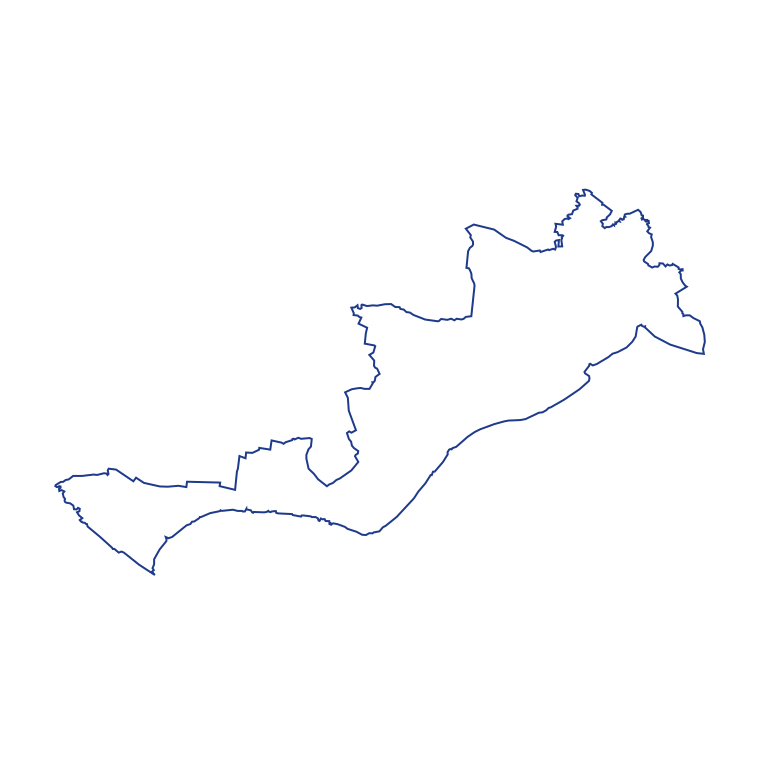 Ban Laem, Phetchaburi, Thailand (Robinson projection), rotated 97°
{"feature_id": "78962969B10571681273524", "entity_name": "Ban Laem", "entity_type": "district", "adm_level": 2, "iso_a3": "THA", "parent_name": "Thailand", "parent_adm1": "Phetchaburi", "projection": "robinson", "projection_center": [99.981, 13.152], "detail": "fine", "context": "isolated", "style": "outline", "palette": "blue", "viewbox_px": 768, "rotation_deg": 97, "n_neighbors": 0, "source": "geoboundaries", "source_scale": "gbopen_adm2", "svg_char_len": 6147}
<svg xmlns="http://www.w3.org/2000/svg" viewBox="0 0 768 768"><g transform="rotate(97 384 384)"><path d="M184.4,179.0L179.4,187.7L179.5,189.4L177.6,189.2L170.5,201.3L169.0,200.9L167.3,203.4L166.5,207.6L167.1,210.1L171.9,207.5L172.7,207.7L172.8,210.3L173.9,213.1L171.7,214.2L171.8,216.8L173.3,217.2L175.6,214.5L179.3,215.2L180.5,212.8L182.1,211.5L183.3,212.1L183.7,214.7L185.1,213.3L186.5,213.3L188.8,217.3L192.5,218.1L193.5,221.6L194.4,222.4L195.0,222.4L196.8,219.6L197.9,221.1L197.4,222.2L198.2,224.8L200.8,226.9L204.1,225.9L204.1,233.3L206.8,232.3L212.2,233.1L212.0,230.5L215.0,228.8L214.6,224.9L215.1,224.2L216.8,225.5L218.0,225.0L219.2,225.6L225.7,223.9L226.3,227.7L219.8,227.9L220.7,230.8L222.1,231.9L226.9,230.0L229.7,230.5L229.2,232.6L231.0,236.5L230.5,237.5L233.9,244.7L232.5,245.6L234.3,252.0L233.9,253.7L231.0,258.5L226.0,272.6L224.1,280.6L217.3,293.5L214.8,314.3L219.9,321.7L225.6,316.0L228.1,316.2L231.7,313.1L234.5,312.6L236.2,313.1L238.3,315.3L241.9,316.7L258.7,316.3L258.8,313.9L260.6,312.5L263.9,310.7L268.3,309.9L273.3,306.7L275.5,306.1L306.1,305.6L307.4,310.9L309.6,312.9L310.5,314.9L310.4,319.9L312.2,321.9L311.0,325.3L312.6,329.0L312.5,335.2L314.8,337.2L315.2,338.3L315.0,351.0L311.9,363.1L309.9,367.1L309.9,370.5L307.7,373.5L307.5,376.9L305.8,377.9L306.2,382.2L303.8,386.7L304.7,392.8L307.1,400.3L307.3,404.6L308.7,410.3L307.8,415.3L308.4,416.0L311.3,415.5L312.4,416.8L311.9,419.1L309.1,419.9L311.5,422.3L312.2,425.7L317.4,422.6L319.3,422.6L319.3,418.3L320.5,416.6L320.8,414.6L327.2,416.6L330.2,407.6L336.0,408.2L346.3,408.0L346.9,398.3L347.5,397.3L354.1,398.4L356.9,402.1L361.9,396.6L367.3,396.1L368.9,394.7L369.6,392.7L374.5,389.6L378.0,393.3L382.1,393.6L383.7,394.7L383.7,395.7L384.9,395.3L390.6,397.8L391.2,402.4L390.8,406.8L391.4,409.6L393.1,415.3L397.0,421.6L402.1,418.2L414.8,415.7L433.3,406.2L436.3,410.4L435.3,412.8L437.2,414.8L442.9,412.1L445.3,409.6L449.0,408.4L451.2,406.1L453.7,401.4L456.2,401.5L457.8,403.5L459.2,404.0L464.5,400.0L473.8,405.9L483.2,416.4L485.0,419.5L488.5,422.7L490.3,426.0L492.4,428.2L486.6,437.8L481.7,442.6L477.3,448.5L467.7,451.9L463.8,452.4L458.0,451.0L455.0,448.9L447.4,449.0L446.7,451.2L448.5,459.6L447.8,462.5L449.9,465.9L449.3,466.9L449.8,468.2L450.9,468.3L453.8,474.6L455.6,476.3L454.7,478.5L453.7,488.7L463.0,488.9L462.6,500.0L464.5,500.0L468.4,506.2L468.8,512.5L474.6,512.4L473.1,518.7L485.7,518.7L488.9,519.3L507.2,518.9L505.4,534.7L501.8,534.6L505.0,567.6L510.4,567.6L510.1,575.7L512.3,586.2L513.0,594.0L511.4,610.3L507.2,618.7L511.1,620.9L501.6,639.5L501.6,646.9L503.3,647.7L506.9,646.5L508.0,647.3L506.7,648.6L506.7,651.0L509.2,657.6L509.3,661.3L512.0,672.3L513.1,681.3L517.2,685.4L518.0,688.2L520.2,690.5L520.6,692.9L524.3,697.5L525.3,697.8L526.1,696.4L526.0,695.1L525.0,693.9L525.1,692.6L526.4,692.4L527.8,693.8L529.8,693.2L528.6,691.1L529.6,688.2L531.8,689.5L535.1,688.3L537.0,686.5L538.3,686.9L539.8,686.3L540.5,685.0L540.7,680.9L542.6,677.5L546.1,676.4L545.9,673.8L544.2,672.6L544.9,670.8L547.4,670.8L548.7,673.1L551.6,670.7L553.9,667.1L556.1,669.4L557.5,667.9L558.1,668.3L557.4,667.4L558.2,666.2L558.3,663.9L559.3,662.7L559.2,661.8L561.6,660.8L570.4,647.1L579.7,633.9L580.8,633.1L580.5,631.6L583.7,626.7L582.3,624.2L583.0,621.7L593.2,605.1L601.5,588.2L598.5,591.4L596.8,589.8L595.0,591.3L591.0,590.2L585.9,590.8L575.5,586.5L566.5,580.9L564.7,580.9L562.5,582.0L563.3,579.1L561.7,575.7L548.3,562.7L546.6,559.1L544.1,557.8L543.6,555.6L539.6,551.0L538.5,550.6L538.4,549.5L533.4,540.9L530.1,531.2L529.3,530.9L529.7,529.5L527.2,518.7L527.8,513.7L527.3,509.4L527.8,508.4L527.4,506.5L524.7,505.4L525.2,505.3L525.6,500.8L527.6,499.1L527.7,498.0L526.9,497.7L526.0,487.3L525.3,484.9L524.0,483.4L524.7,482.8L525.0,480.9L524.2,479.9L523.3,475.9L525.2,475.1L525.3,472.7L524.3,459.4L525.2,458.6L525.7,450.2L524.6,449.8L524.3,448.1L524.3,440.6L524.9,439.5L524.4,435.7L525.4,433.3L527.5,432.3L527.8,431.3L525.2,430.3L525.8,428.6L525.3,426.5L527.1,425.3L526.8,421.6L528.5,421.2L528.4,420.2L529.1,419.6L529.7,420.6L530.0,420.0L530.0,419.0L528.9,418.4L528.5,417.1L528.8,412.9L530.6,405.3L532.2,402.6L534.0,393.3L536.3,387.3L536.1,383.5L533.9,380.5L533.6,377.2L532.6,376.2L530.8,370.6L526.3,367.6L524.5,365.0L514.4,355.2L493.9,340.4L486.6,336.8L477.7,330.9L468.7,326.6L468.6,325.5L465.1,324.7L464.8,323.0L454.1,315.9L446.1,312.2L443.9,312.6L441.3,311.4L440.5,310.3L440.6,308.9L439.3,308.2L437.6,304.7L426.1,294.4L420.6,288.1L417.1,282.8L410.4,269.7L406.4,260.0L405.1,255.9L403.2,244.5L401.6,239.3L393.6,226.7L392.9,223.4L390.4,219.9L387.6,217.6L387.0,215.9L377.6,203.3L365.4,189.3L356.0,181.0L353.5,180.7L351.1,181.4L348.9,185.8L347.6,186.5L340.9,182.6L339.4,182.6L338.8,181.9L340.1,179.0L338.3,175.3L329.8,164.4L326.1,160.9L324.0,156.2L318.2,147.7L311.8,142.7L306.2,140.0L296.7,139.6L295.9,139.1L293.8,135.8L294.9,134.9L295.5,132.8L295.0,131.9L296.0,131.9L303.9,121.0L310.0,104.8L315.2,77.2L315.1,70.2L310.6,71.6L303.1,70.7L296.1,72.1L289.0,74.9L285.5,77.5L283.2,78.2L280.8,85.0L278.6,88.9L279.0,92.6L280.1,95.1L278.2,95.4L277.5,96.5L276.1,96.6L271.3,101.8L264.3,102.5L260.5,103.7L258.8,105.7L250.5,95.3L249.6,97.1L246.8,99.9L243.2,102.2L238.7,102.9L237.2,104.5L235.3,103.1L234.9,101.4L233.6,101.7L234.2,103.7L233.9,105.6L232.4,105.8L229.6,112.1L230.8,112.5L231.6,115.1L230.8,117.3L233.0,118.9L230.4,121.8L230.6,125.3L232.4,125.2L234.3,126.6L234.4,129.7L235.7,132.1L234.0,136.1L232.7,136.6L230.6,140.8L229.2,141.4L226.0,140.1L219.5,135.0L213.7,134.0L210.4,134.5L205.6,136.8L202.9,136.5L202.0,139.4L200.4,141.3L196.4,139.0L196.0,140.6L194.6,141.0L193.5,142.4L192.6,142.3L192.0,140.7L189.8,141.2L189.7,142.0L190.8,143.8L190.4,144.3L189.2,143.6L189.4,145.4L188.4,146.8L189.3,148.0L188.2,148.6L187.1,147.2L185.3,147.5L185.2,148.8L182.1,150.2L180.1,153.0L185.1,161.0L185.3,163.2L186.4,165.6L188.1,165.8L188.6,165.1L188.9,166.0L191.3,166.1L192.0,167.6L191.2,168.1L191.0,169.6L192.9,170.7L193.9,170.0L193.7,171.0L194.7,172.5L196.1,173.0L195.7,173.9L197.1,173.6L197.6,175.2L198.5,175.0L197.8,176.3L199.6,177.3L200.9,180.1L201.1,182.5L202.4,183.9L200.7,186.5L198.3,186.3L196.0,188.6L194.9,187.5L193.6,183.4L191.4,183.1L188.1,180.3L184.4,179.0Z" fill="none" stroke="#1e3a8a" stroke-width="2"/></g></svg>